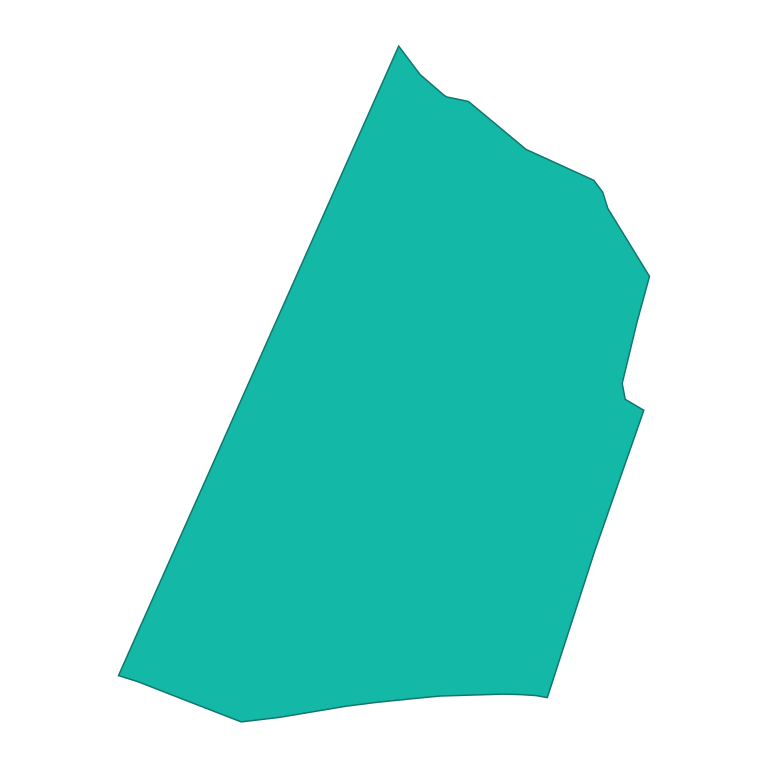 the district of Santa Ana del Valle, Oaxaca, Mexico
{"feature_id": "50627088B45157986380633", "entity_name": "Santa Ana del Valle", "entity_type": "district", "adm_level": 2, "iso_a3": "MEX", "parent_name": "Mexico", "parent_adm1": "Oaxaca", "projection": "mercator", "projection_center": [-96.46, 17.017], "detail": "fine", "context": "isolated", "style": "filled", "palette": "teal", "viewbox_px": 768, "rotation_deg": 0, "n_neighbors": 0, "source": "geoboundaries", "source_scale": "gbopen_adm2", "svg_char_len": 787}
<svg xmlns="http://www.w3.org/2000/svg" viewBox="0 0 768 768"><path d="M398.7,46.1L347.0,162.2L286.7,297.7L237.5,408.2L210.4,469.3L179.1,539.4L138.0,631.7L118.5,675.6L137.6,681.6L200.7,706.2L237.6,720.5L241.2,721.9L278.5,717.5L302.5,713.5L345.9,706.2L347.0,706.1L372.9,702.8L378.1,702.2L412.3,698.7L440.4,696.0L445.0,695.9L503.6,694.1L521.0,694.6L536.1,695.6L547.3,697.6L554.6,675.0L565.6,641.0L576.0,608.9L582.9,587.5L584.3,583.2L593.8,553.8L595.4,548.9L597.1,544.2L606.8,516.4L607.6,514.2L607.7,513.7L611.2,503.6L613.8,496.3L617.8,484.7L619.6,479.6L634.8,436.2L643.8,410.3L625.2,399.3L622.2,383.4L637.1,321.7L649.5,276.4L607.8,208.4L602.7,192.2L593.9,180.4L526.0,149.4L468.5,101.5L446.6,96.9L443.8,95.1L420.2,74.7L398.7,46.1Z" fill="#14b8a6" stroke="#0f766e" stroke-width="1.5"/></svg>